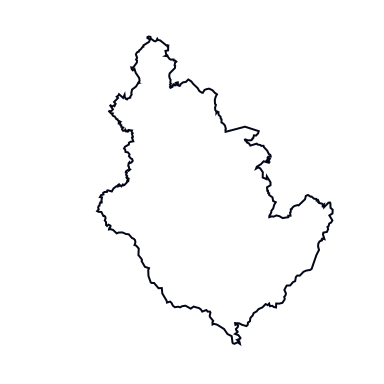 the district of Pihuamo, Jalisco, Mexico, rotated 317°
{"feature_id": "50627088B45338905854221", "entity_name": "Pihuamo", "entity_type": "district", "adm_level": 2, "iso_a3": "MEX", "parent_name": "Mexico", "parent_adm1": "Jalisco", "projection": "mercator", "projection_center": [-103.387, 19.169], "detail": "fine", "context": "isolated", "style": "outline", "palette": "ink", "viewbox_px": 384, "rotation_deg": 317, "n_neighbors": 0, "source": "geoboundaries", "source_scale": "gbopen_adm2", "svg_char_len": 6054}
<svg xmlns="http://www.w3.org/2000/svg" viewBox="0 0 384 384"><g transform="rotate(317 192 192)"><path d="M123.5,335.7L124.8,333.4L124.2,331.0L127.2,332.1L127.9,331.8L128.3,328.3L126.7,325.2L129.8,325.5L130.3,325.0L130.0,323.5L130.6,322.2L133.3,322.0L134.6,321.2L134.8,319.5L133.1,318.8L134.1,317.3L136.9,320.2L138.1,323.4L140.4,327.2L142.3,327.1L143.9,325.6L146.1,326.1L148.9,323.9L152.1,323.7L154.5,322.6L157.9,323.4L160.8,323.0L164.7,324.4L169.4,324.2L170.2,326.4L172.3,326.2L171.2,328.7L173.1,330.0L173.4,331.9L174.7,333.7L177.5,331.0L179.8,333.2L182.5,334.7L186.0,333.9L187.0,333.4L187.9,331.6L189.8,331.4L191.5,330.3L192.8,326.6L197.4,325.0L200.1,327.3L204.2,326.8L206.7,327.5L209.9,325.1L211.9,324.9L213.9,326.7L219.1,326.4L221.8,327.3L225.3,329.6L227.1,329.8L240.1,322.9L245.4,321.0L247.0,317.9L249.0,316.0L251.5,315.1L254.0,316.0L254.5,315.0L255.5,314.9L256.7,316.8L258.9,312.2L260.4,311.3L263.4,313.2L266.3,312.0L267.3,309.9L268.4,310.2L270.8,308.7L273.0,309.2L275.3,308.5L276.5,302.8L280.1,303.5L282.8,300.9L282.5,298.1L285.6,294.5L285.7,293.7L284.5,292.9L278.3,293.2L279.0,292.4L278.3,292.0L279.8,291.1L278.6,290.9L279.2,290.4L279.1,289.1L277.4,286.7L277.4,285.5L278.1,285.6L278.7,283.8L277.3,283.2L278.2,281.9L276.7,280.2L276.3,276.9L275.5,276.2L274.8,273.3L272.6,272.5L269.7,274.4L260.8,274.5L260.2,273.5L257.1,272.0L254.7,271.9L253.4,272.5L252.5,272.0L250.6,273.9L249.6,274.0L247.9,276.5L246.2,275.0L245.3,276.1L240.5,272.9L239.4,269.2L237.7,266.7L234.9,265.7L233.7,264.2L231.4,263.1L232.5,262.1L235.7,261.2L237.4,259.8L240.0,259.5L243.5,257.4L246.3,256.6L245.2,253.9L247.2,250.8L246.4,246.8L247.5,245.6L246.9,244.9L248.4,243.0L247.9,242.5L250.1,239.7L254.0,240.6L256.0,238.5L257.4,231.6L255.3,233.5L253.6,229.6L257.3,225.8L258.0,221.1L257.1,219.1L254.8,218.6L256.6,217.7L261.4,218.7L265.3,218.4L268.2,223.1L269.0,222.9L268.2,219.9L269.0,219.8L270.4,221.2L271.5,220.8L270.2,219.1L270.7,218.4L271.9,218.2L273.7,219.8L274.1,219.3L274.6,218.1L274.1,216.6L275.2,213.0L275.2,208.3L275.8,207.0L274.1,205.5L274.1,204.4L272.3,201.9L272.3,200.8L266.3,197.8L266.8,195.5L265.9,193.1L266.6,192.0L266.0,190.8L266.4,189.8L267.0,190.0L268.0,192.3L270.7,194.6L272.0,194.7L272.6,194.0L273.7,194.3L275.9,192.8L277.3,194.4L280.3,194.2L282.3,193.0L275.3,180.4L257.6,170.9L259.1,169.1L259.8,169.0L261.4,165.9L261.6,163.7L261.0,161.2L263.2,159.0L263.1,157.8L264.2,156.5L264.1,153.9L265.1,152.0L265.8,151.7L265.4,150.5L263.8,150.8L264.5,150.1L265.0,147.8L266.4,146.0L268.9,144.6L269.0,143.2L271.4,140.3L274.2,138.5L276.9,137.6L276.3,135.0L276.4,131.6L275.0,128.1L273.3,127.0L270.9,125.9L267.5,126.8L267.0,126.1L266.2,123.2L267.0,119.9L266.6,113.9L266.9,110.5L266.0,107.2L262.5,107.3L260.3,105.7L256.8,105.3L256.0,106.1L255.2,105.9L254.5,104.4L256.4,102.1L255.2,101.4L254.6,101.2L254.4,102.2L252.9,102.9L252.0,102.1L252.3,100.8L251.7,100.5L249.4,101.8L247.3,101.1L247.5,100.1L249.0,99.7L249.2,98.5L250.4,98.4L250.7,97.2L252.8,95.4L253.5,93.0L254.8,91.3L256.6,90.0L264.0,89.7L265.7,88.3L265.6,87.5L267.8,85.9L269.4,86.0L269.3,84.5L268.3,83.3L268.9,82.6L266.7,80.6L266.3,79.3L266.7,76.0L265.3,74.3L267.1,74.8L267.0,73.7L268.8,70.7L271.1,72.1L274.3,68.9L273.5,68.7L273.9,67.9L273.3,67.7L272.1,59.4L270.8,57.7L271.1,56.3L269.1,57.1L267.8,56.7L267.2,55.5L266.5,51.8L267.4,50.2L266.4,48.8L265.2,48.3L264.4,48.9L265.2,51.9L263.0,52.9L256.4,51.6L255.5,52.6L254.9,52.2L251.4,52.7L250.0,52.4L248.7,53.1L247.7,52.4L246.1,52.6L244.8,53.1L243.4,56.4L241.4,57.0L241.5,58.3L240.0,59.7L233.8,60.9L232.6,59.5L231.7,61.1L231.7,62.7L233.8,62.9L232.1,66.5L231.1,72.7L229.4,75.0L227.4,75.4L227.6,76.1L226.9,75.7L222.8,76.7L218.0,76.2L214.9,78.4L214.3,79.6L211.7,80.2L211.2,80.9L208.9,79.8L206.8,80.1L208.1,79.5L207.1,78.6L207.5,76.9L209.0,74.9L205.8,76.2L205.3,70.7L203.9,71.2L201.9,71.0L202.0,72.8L196.4,73.0L196.3,75.4L194.2,76.2L194.3,75.6L191.7,74.9L191.6,73.1L191.1,73.1L190.6,77.6L188.5,77.8L187.0,77.1L186.4,75.6L186.4,79.1L187.6,80.5L186.4,81.0L186.2,82.5L187.0,84.2L186.4,87.1L187.1,88.0L186.6,89.0L187.3,91.0L186.6,90.6L185.2,91.9L186.5,92.7L185.3,94.0L185.8,95.0L184.7,96.0L185.6,97.9L183.7,98.2L183.3,100.1L184.8,101.4L185.6,101.0L185.1,102.5L186.2,102.8L185.9,103.8L186.9,104.3L188.0,103.5L190.0,106.0L189.1,106.3L188.7,108.5L187.7,108.5L186.4,111.4L185.3,111.2L183.6,114.9L181.2,113.3L179.4,113.0L178.2,114.2L173.8,113.2L171.9,113.9L172.1,115.3L170.7,117.4L172.1,119.1L172.1,121.2L171.9,122.0L170.3,122.8L170.1,125.5L170.7,127.0L169.9,128.8L167.9,129.1L166.2,128.4L166.5,127.6L165.3,127.8L163.1,129.5L163.0,130.6L161.8,132.3L162.1,133.3L160.0,133.2L159.8,132.1L157.8,131.9L156.9,132.5L157.4,133.5L155.5,134.5L155.5,136.1L154.0,136.6L153.7,138.2L154.5,137.8L154.8,139.0L152.7,140.6L151.9,139.8L150.9,140.6L147.2,140.8L146.4,140.4L146.5,139.4L144.2,139.7L144.0,138.0L143.1,137.9L143.7,136.6L142.2,136.5L141.3,137.2L140.5,136.2L137.0,135.9L133.7,136.9L131.6,133.4L131.0,133.1L129.8,133.9L128.0,132.3L126.3,132.1L125.6,133.4L123.4,132.3L121.2,133.0L122.5,134.6L119.7,136.7L119.2,137.8L118.6,138.1L118.0,137.1L116.6,137.6L115.0,138.9L114.1,138.6L112.7,139.4L112.0,141.0L109.6,141.3L110.1,142.7L112.1,144.8L110.8,149.2L111.7,149.8L111.6,151.1L110.8,152.3L108.8,153.3L108.6,155.4L106.6,157.6L106.7,158.9L108.6,158.9L109.4,161.0L108.5,161.9L106.7,162.1L105.8,162.8L107.0,163.5L108.4,165.9L108.7,170.9L110.7,171.6L113.6,174.2L115.0,177.6L116.9,179.8L116.7,184.5L117.5,186.6L117.5,188.4L116.3,190.2L113.8,191.6L114.6,193.1L114.5,197.0L109.8,201.6L109.4,206.5L109.0,207.7L108.0,208.2L106.7,213.9L106.6,214.8L108.6,218.4L106.7,219.3L102.9,223.7L100.2,229.9L100.4,230.9L102.2,232.7L101.9,239.5L104.4,241.7L101.1,245.9L99.3,254.2L98.3,255.8L101.2,257.2L101.4,259.2L100.5,262.1L100.9,264.6L103.6,266.4L104.7,268.3L106.7,268.7L109.7,270.7L111.5,276.4L115.0,276.9L118.0,281.8L118.4,284.1L117.9,286.4L122.0,288.1L121.9,290.2L123.5,291.7L123.2,292.8L120.5,294.6L119.9,295.7L119.6,300.7L118.1,301.2L116.7,302.9L118.0,303.2L119.9,306.2L122.0,314.0L121.1,320.1L122.7,324.5L118.9,329.8L118.8,330.7L119.6,332.0L122.9,333.0L123.5,335.7Z" fill="none" stroke="#020617" stroke-width="2"/></g></svg>